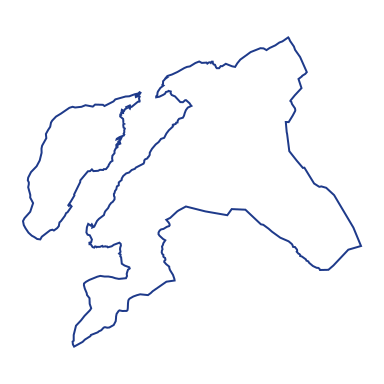 Dyrøy nor, Troms, Norway
{"feature_id": "86288312B15388933867653", "entity_name": "Dyrøy nor", "entity_type": "district", "adm_level": 2, "iso_a3": "NOR", "parent_name": "Norway", "parent_adm1": "Troms", "projection": "orthographic", "projection_center": [17.654, 69.021], "detail": "fine", "context": "isolated", "style": "outline", "palette": "blue", "viewbox_px": 384, "rotation_deg": 0, "n_neighbors": 0, "source": "geoboundaries", "source_scale": "gbopen_adm2", "svg_char_len": 5925}
<svg xmlns="http://www.w3.org/2000/svg" viewBox="0 0 384 384"><path d="M361.0,246.0L353.4,227.6L334.1,195.1L326.2,187.8L321.3,186.4L319.6,186.8L319.1,186.7L314.1,183.5L304.4,167.7L302.9,167.9L296.7,160.6L289.3,151.2L287.1,133.9L286.7,132.1L285.8,122.0L288.7,122.1L292.7,115.6L295.1,111.1L295.3,110.2L295.0,108.4L292.0,104.0L291.3,101.8L290.4,101.1L290.4,100.7L294.8,95.3L301.5,88.1L298.5,79.0L301.9,76.4L302.2,75.8L305.3,73.9L306.8,72.1L300.1,57.0L295.1,49.9L293.9,46.5L290.1,41.0L288.9,38.3L288.2,37.4L282.4,41.4L279.4,42.5L275.4,45.3L269.6,48.0L266.5,50.1L263.6,48.4L260.4,48.2L250.6,52.1L240.3,59.6L237.3,63.3L235.1,66.9L232.1,66.3L225.8,63.8L222.2,66.2L220.7,66.1L219.1,68.2L216.8,68.2L216.1,67.4L215.0,64.8L213.6,64.4L212.9,63.3L212.7,61.7L211.7,61.7L210.8,63.0L210.0,62.3L209.0,62.4L207.3,63.6L206.6,62.6L201.8,62.9L199.2,61.5L195.4,63.0L189.9,66.4L187.0,66.9L184.4,68.0L177.4,72.0L172.0,74.5L167.4,76.0L166.0,77.6L166.8,77.7L165.3,78.8L163.1,81.2L163.0,83.8L162.4,84.8L163.5,85.5L160.4,87.9L157.9,91.6L157.5,92.9L157.3,95.0L156.2,96.3L156.2,97.3L159.4,96.7L163.5,94.7L165.1,93.6L165.9,92.0L168.2,91.4L168.5,90.9L170.8,91.5L170.6,93.2L171.7,95.0L175.0,96.4L180.3,102.1L182.9,102.2L185.2,100.2L186.1,100.2L189.5,103.2L191.0,105.5L191.4,105.9L187.8,107.6L185.9,110.1L184.7,113.2L184.0,115.7L182.9,117.7L179.1,118.8L178.2,119.9L177.7,120.9L177.5,122.5L176.2,122.7L175.6,124.0L173.3,124.6L173.3,125.2L172.8,125.2L172.8,126.6L168.9,130.2L166.4,133.5L164.2,137.8L161.0,138.9L158.6,142.1L155.7,144.4L152.0,148.8L149.8,152.6L149.7,154.9L148.6,156.8L147.9,157.2L147.4,158.4L145.2,159.3L144.3,160.4L144.2,162.1L143.6,163.6L135.8,167.6L134.9,168.8L131.7,170.0L129.1,172.5L126.2,173.4L123.2,176.0L121.7,178.6L121.7,179.9L118.8,182.4L118.7,185.4L116.9,186.4L116.3,189.3L115.0,191.0L114.5,193.1L113.9,193.9L114.0,196.0L114.6,197.1L114.5,199.4L112.7,201.9L111.2,202.9L109.5,205.1L108.1,208.1L105.4,211.1L104.7,212.4L103.9,215.1L98.9,218.9L97.0,221.0L94.2,226.7L92.3,227.5L92.6,225.7L91.8,224.3L90.8,225.6L88.2,223.9L86.9,227.3L86.4,232.5L87.6,234.7L89.8,235.3L91.9,239.5L91.2,242.2L89.4,242.7L89.5,244.2L90.7,244.2L92.6,247.1L94.2,247.6L95.1,246.4L96.0,246.6L96.6,247.2L97.2,246.9L99.8,246.9L102.3,245.9L102.9,246.7L105.7,246.3L106.0,246.6L107.3,246.6L107.8,247.3L111.7,246.3L113.8,244.8L119.4,242.7L120.7,243.9L120.9,245.7L120.3,247.2L120.0,249.1L120.5,251.9L119.1,253.6L120.6,254.5L120.3,256.4L121.1,257.2L121.8,263.7L124.5,265.5L129.3,267.3L129.7,268.5L128.0,269.7L127.3,271.7L126.7,273.9L127.0,276.0L126.0,278.2L118.9,278.9L115.3,278.2L112.3,277.2L108.2,276.5L104.3,276.5L100.3,275.9L97.3,276.7L89.4,279.9L86.0,281.8L84.0,283.5L83.9,285.2L84.8,288.6L86.7,293.1L87.0,295.0L89.5,298.2L89.7,303.9L91.2,308.3L90.0,310.2L84.5,315.9L81.0,320.4L76.0,325.7L73.7,335.0L73.7,340.7L72.6,341.6L72.9,344.4L74.1,346.6L82.6,341.9L84.9,339.6L90.4,336.1L90.9,335.0L97.8,332.3L98.6,331.5L101.3,330.2L103.3,328.0L104.3,327.3L105.1,327.2L107.2,327.7L109.3,327.5L113.7,325.0L115.7,321.2L116.0,318.3L116.1,316.4L116.6,313.9L118.5,311.1L119.4,310.4L122.4,311.0L126.7,310.9L127.5,310.1L127.8,308.2L128.0,303.3L128.3,300.7L128.8,299.5L129.8,298.5L133.3,296.5L136.9,295.2L140.2,294.3L148.0,295.1L150.7,293.1L152.7,291.2L166.4,281.7L174.6,280.5L174.4,279.0L173.0,274.9L170.7,271.2L169.8,269.6L169.2,267.4L169.2,266.6L166.2,264.2L164.2,261.9L164.4,260.9L165.4,259.9L165.4,259.3L165.1,258.0L163.6,257.0L163.3,256.2L163.4,254.9L162.5,254.2L161.7,252.5L161.9,250.6L162.5,249.3L162.0,246.6L163.0,244.7L163.3,243.3L165.3,240.3L163.1,239.0L159.5,235.7L158.5,234.2L158.6,232.4L159.7,230.5L161.1,229.4L163.5,228.9L166.9,226.8L169.1,226.1L169.7,225.1L169.4,223.8L168.7,222.6L166.3,219.8L170.2,217.9L177.2,211.4L178.7,210.4L185.9,206.5L205.4,211.4L227.3,215.2L231.7,209.1L245.4,209.7L260.9,224.3L263.3,224.8L268.6,228.7L272.0,231.7L280.3,237.7L288.6,241.3L291.8,244.0L292.4,244.9L293.1,246.9L294.9,247.0L297.0,249.6L297.2,251.0L296.7,251.7L298.5,253.7L299.4,254.0L300.3,255.2L300.2,256.0L301.9,256.5L305.9,259.4L306.4,260.6L308.3,261.4L309.1,262.8L312.9,266.0L316.6,267.8L318.2,267.9L319.4,268.7L320.0,270.0L328.4,269.8L333.4,265.5L348.3,249.7L361.0,246.0ZM135.7,95.8L137.3,95.4L138.0,94.5L139.4,94.5L140.5,92.8L139.6,92.2L138.2,93.5L134.6,94.3L129.2,96.3L125.6,96.5L115.3,99.4L113.5,101.4L104.5,106.0L102.9,104.8L95.1,104.6L92.8,106.6L85.5,105.2L81.5,106.8L75.1,107.5L72.6,106.8L69.4,107.8L60.8,113.7L56.0,116.6L52.2,120.6L51.0,122.6L50.2,126.8L48.1,130.0L45.9,134.0L46.3,138.2L42.1,145.7L41.5,148.6L41.6,152.8L39.7,160.5L36.6,166.3L31.0,172.1L28.2,177.6L27.8,180.3L28.8,182.3L28.8,184.3L28.2,187.2L30.3,195.0L30.2,197.6L33.1,203.1L30.2,211.8L24.5,218.2L23.0,221.1L23.8,225.1L25.6,228.4L28.5,232.7L31.8,235.7L34.4,237.1L37.2,239.0L40.3,239.4L41.8,236.7L50.1,230.3L52.4,229.7L53.9,230.5L57.2,228.1L58.8,226.1L59.5,222.4L60.9,221.2L64.9,215.8L66.1,213.1L67.5,212.3L71.6,206.4L70.2,204.9L68.9,205.9L68.3,205.2L70.7,201.7L74.4,195.5L74.1,194.5L80.2,182.1L80.3,180.4L87.9,171.3L90.1,171.1L91.9,169.4L93.4,171.1L98.1,170.8L100.0,169.8L103.1,170.0L103.7,169.2L106.0,169.1L108.4,166.1L108.8,164.8L110.6,162.0L112.5,160.8L112.1,158.4L112.4,155.7L114.5,153.2L114.5,150.9L115.8,148.3L117.5,147.2L117.5,146.3L116.4,146.5L116.3,144.9L117.2,143.9L117.2,145.0L120.3,143.6L119.9,142.2L118.4,142.3L118.3,141.7L120.4,139.9L121.4,137.8L116.6,139.4L116.8,138.8L119.6,137.1L123.8,135.5L124.3,134.5L123.6,133.8L124.3,132.2L124.2,130.3L124.8,128.5L123.6,127.6L123.3,125.8L123.3,124.6L123.5,124.2L124.1,123.9L123.5,123.5L123.7,122.7L123.9,122.7L123.5,122.6L123.3,122.1L123.3,120.6L123.1,118.9L120.2,116.5L120.3,114.7L121.2,114.8L121.2,112.8L123.1,113.0L123.1,111.7L121.7,110.8L121.9,109.8L124.1,110.9L125.0,109.2L126.8,108.2L126.2,107.1L129.9,105.4L130.3,106.3L129.1,107.8L129.9,108.6L130.5,106.9L131.6,106.9L137.8,101.8L139.5,101.6L139.6,101.3L139.5,101.0L139.2,101.0L139.6,100.7L139.0,98.7L139.6,96.7L138.0,96.2L135.9,97.0L135.7,95.8Z" fill="none" stroke="#1e3a8a" stroke-width="2"/></svg>